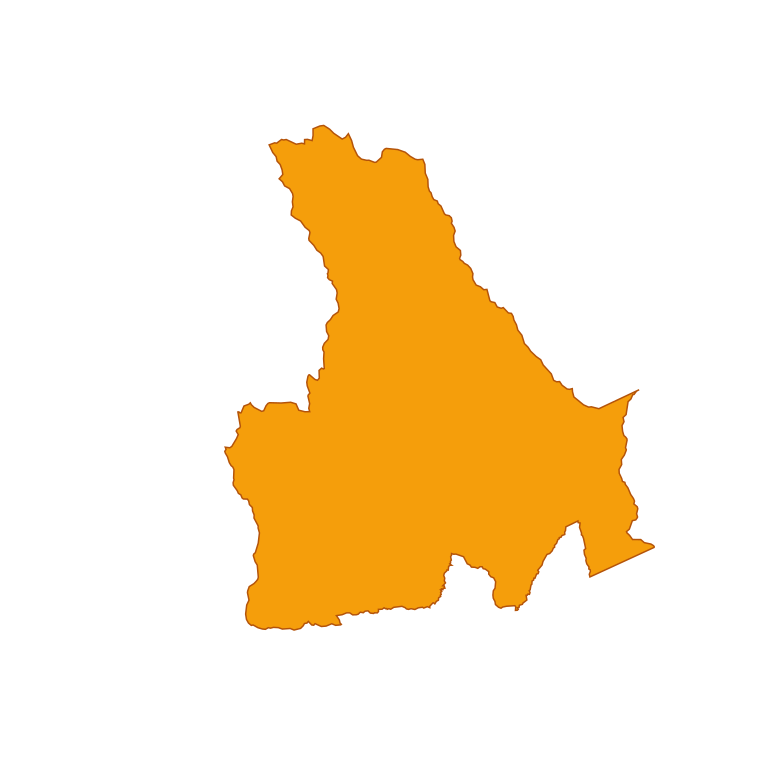 the district of Palanda, Zamora Chinchipe, Ecuador, rotated 334°
{"feature_id": "8360857B40737212656211", "entity_name": "Palanda", "entity_type": "district", "adm_level": 2, "iso_a3": "ECU", "parent_name": "Ecuador", "parent_adm1": "Zamora Chinchipe", "projection": "natural_earth1", "projection_center": [-79.11, -4.519], "detail": "fine", "context": "isolated", "style": "filled", "palette": "amber", "viewbox_px": 768, "rotation_deg": 334, "n_neighbors": 0, "source": "geoboundaries", "source_scale": "gbopen_adm2", "svg_char_len": 6171}
<svg xmlns="http://www.w3.org/2000/svg" viewBox="0 0 768 768"><g transform="rotate(334 384 384)"><path d="M555.1,649.3L555.6,648.4L555.3,647.3L553.8,644.9L548.4,640.7L546.6,636.4L539.2,632.7L538.4,627.8L537.1,624.2L537.2,623.0L540.9,622.0L547.3,615.7L550.7,616.5L552.9,615.3L553.6,614.7L554.1,611.4L557.4,607.4L557.8,605.4L556.0,601.3L557.8,599.1L558.0,596.3L557.3,591.4L557.7,584.2L556.9,580.0L557.4,578.0L555.6,576.1L556.2,573.2L556.3,567.3L557.8,563.8L562.3,560.6L564.2,555.9L568.8,553.3L572.4,550.0L573.0,549.2L573.1,547.2L577.8,541.1L578.3,539.8L577.9,537.6L577.0,535.5L577.7,531.2L579.7,525.7L583.2,523.1L584.2,518.9L588.2,517.6L595.6,506.9L599.4,505.7L602.8,502.7L604.2,503.0L607.8,501.1L610.8,501.0L566.3,500.4L560.4,495.4L557.8,494.5L554.2,490.2L549.0,478.9L550.0,473.7L551.2,470.7L548.4,470.1L546.4,468.8L543.5,463.2L542.9,458.8L540.1,457.7L538.1,455.1L538.8,448.3L535.4,436.7L535.5,430.9L532.8,426.0L530.2,418.9L529.6,414.1L527.9,409.2L529.3,400.6L527.9,394.2L529.0,388.8L528.8,383.5L529.7,379.9L529.5,376.4L526.9,374.6L524.7,367.6L522.5,367.3L519.5,364.4L519.3,359.4L516.4,357.1L515.7,355.5L518.0,344.1L515.0,343.0L513.3,338.9L510.2,335.5L509.7,329.3L510.5,326.6L512.3,323.8L512.6,318.2L511.3,313.8L509.1,310.8L508.5,308.3L506.9,305.6L507.0,304.2L509.5,301.9L511.2,297.5L508.9,292.3L509.3,286.5L511.7,280.9L515.0,277.7L515.6,273.9L515.0,269.1L516.6,267.5L517.4,264.1L516.4,261.3L513.7,259.2L512.9,257.5L513.2,249.0L511.7,245.7L512.1,242.9L509.6,240.1L509.4,236.8L510.1,232.7L509.4,230.6L510.1,226.1L513.1,219.3L513.5,212.6L517.0,204.5L517.4,199.0L512.6,197.2L510.6,195.7L507.4,190.9L504.7,185.0L499.1,179.3L489.2,173.2L487.3,173.2L484.3,174.6L481.1,179.2L474.3,181.2L472.7,180.7L468.6,176.3L466.4,175.3L462.3,172.0L460.3,167.2L460.3,157.8L461.6,151.0L461.7,143.4L457.6,145.4L453.8,145.5L448.7,136.6L446.8,131.1L443.2,125.2L439.5,124.0L432.1,123.5L429.1,129.7L426.1,133.7L422.5,130.6L419.8,129.5L417.8,133.3L415.6,131.5L410.2,130.0L403.3,121.4L400.8,120.7L399.1,119.3L393.1,120.5L391.4,119.3L385.6,118.7L385.5,127.2L386.7,132.4L385.6,136.9L386.9,141.2L386.3,146.8L384.9,151.3L379.7,153.6L381.4,157.8L381.5,162.4L384.8,167.0L385.3,172.7L384.5,175.6L381.5,180.1L379.9,184.9L376.7,187.8L374.7,191.4L377.0,196.2L380.5,200.9L381.8,208.6L384.1,213.4L383.8,215.5L380.1,220.3L379.6,222.1L381.7,228.6L382.3,234.3L384.5,238.5L385.2,242.7L382.3,251.9L384.2,256.7L382.4,259.6L381.5,260.0L381.2,261.9L379.9,263.7L380.6,266.3L382.8,269.0L381.5,270.9L382.7,278.3L381.8,281.7L378.2,286.8L378.2,291.2L376.7,296.5L374.4,299.2L368.3,300.1L363.9,302.7L360.0,303.9L357.8,305.6L355.4,311.7L355.5,316.4L353.3,319.4L348.2,321.3L345.0,324.1L344.0,326.4L344.1,329.0L340.8,334.8L337.1,343.9L336.1,343.9L334.9,342.4L331.6,343.3L328.4,350.4L325.8,351.5L323.9,349.6L321.1,343.1L320.3,342.9L319.0,343.8L315.4,348.5L314.2,352.0L313.4,359.7L311.0,360.7L310.3,361.6L308.6,369.0L305.7,372.9L305.1,376.3L300.8,374.3L295.9,370.2L296.2,363.3L292.1,359.5L283.2,356.0L272.8,350.6L271.1,350.6L268.5,351.8L264.2,355.3L262.1,355.0L257.0,348.1L255.7,344.5L255.6,342.3L253.7,342.9L248.5,342.4L243.0,347.2L241.9,346.9L241.3,345.4L240.4,345.1L236.4,358.9L235.4,360.1L232.0,360.5L230.5,361.5L230.8,365.6L227.5,368.4L219.8,373.4L217.4,373.7L213.6,371.2L213.4,373.5L211.4,374.7L211.1,376.5L211.4,380.8L210.5,386.9L210.8,390.3L211.7,392.4L211.6,395.2L207.5,402.8L207.3,404.2L205.1,406.6L204.2,409.0L205.3,415.5L205.2,418.5L206.7,420.8L206.5,424.2L207.2,425.7L210.8,427.6L211.1,429.8L210.2,433.4L211.5,437.3L210.2,440.5L209.9,444.7L208.4,447.5L208.7,456.4L207.7,458.3L206.8,463.2L201.2,471.9L194.4,479.2L192.3,479.8L191.3,481.0L190.3,487.2L190.7,491.2L186.3,502.6L184.9,504.2L182.6,505.3L179.6,506.4L174.1,507.0L170.8,510.2L169.8,511.7L167.9,519.1L163.7,522.5L158.8,530.1L157.2,535.3L157.4,539.4L158.9,542.8L160.7,543.2L163.9,547.8L167.3,550.9L169.9,552.5L173.2,552.3L175.0,553.7L178.0,554.3L182.3,556.7L185.2,559.7L192.5,562.6L195.3,565.7L201.9,567.1L205.4,565.9L207.5,564.4L210.0,565.1L211.9,564.2L213.4,568.9L215.1,570.0L217.0,569.2L221.4,574.5L225.8,576.2L232.0,576.6L234.7,579.7L239.5,581.5L240.3,581.3L239.7,579.6L240.4,576.6L239.7,571.3L245.2,573.0L250.0,573.3L252.9,574.7L254.6,577.7L257.7,579.2L259.8,579.6L262.7,578.7L265.1,580.5L267.4,579.9L270.2,580.9L271.3,583.9L274.1,585.7L275.1,585.5L277.7,586.8L279.3,586.1L280.2,584.1L283.5,585.6L286.0,585.2L286.9,586.7L288.0,587.0L288.1,587.9L289.9,588.1L291.3,589.4L294.9,589.0L302.7,591.7L305.1,594.5L305.5,595.9L307.2,597.3L309.8,597.8L312.9,600.2L316.8,600.2L320.7,601.5L321.5,602.8L325.3,603.1L327.1,605.1L327.7,603.8L331.9,602.2L332.6,602.4L333.3,603.9L335.8,602.3L338.1,602.2L339.4,600.1L341.8,599.8L342.0,598.5L343.2,598.2L343.5,596.1L344.9,595.9L344.6,593.8L346.3,594.5L346.2,593.5L347.3,594.2L347.9,593.6L349.2,594.2L349.6,591.8L348.4,591.1L352.1,589.7L351.9,587.4L353.5,585.1L353.7,582.3L355.3,580.5L358.6,579.4L359.1,578.7L360.2,579.4L362.1,576.3L364.0,575.9L365.3,576.5L364.2,574.4L365.4,574.0L366.0,572.5L367.3,571.8L368.2,568.4L369.6,567.5L370.4,566.0L371.6,567.3L374.2,568.5L379.8,574.1L380.0,582.1L381.9,584.4L382.3,586.9L385.5,588.7L387.5,590.8L390.2,590.3L392.1,591.3L392.2,593.5L393.9,594.8L395.9,598.6L394.8,600.8L395.5,604.0L397.6,606.3L397.7,610.6L394.3,616.2L391.6,617.8L389.4,621.4L388.3,624.4L388.4,628.2L387.5,631.1L389.1,634.9L390.9,636.8L392.9,636.5L396.8,637.5L404.4,640.6L404.7,642.0L402.9,645.1L404.6,645.8L405.9,645.4L405.8,643.6L407.4,644.0L408.7,642.2L411.8,642.7L412.9,641.8L417.7,640.8L419.1,636.2L420.3,636.6L421.3,635.9L422.5,636.8L423.8,635.5L423.9,633.4L425.1,633.1L427.9,629.2L429.1,628.8L430.7,626.0L432.5,625.8L433.6,624.2L434.6,624.7L437.8,621.7L439.4,622.0L440.8,620.6L440.5,618.8L446.7,616.0L449.1,613.2L455.8,608.6L458.6,609.0L462.0,607.7L464.3,605.7L465.8,605.5L466.5,603.8L469.3,602.8L472.1,600.0L473.8,599.9L474.2,598.9L476.1,599.3L477.4,598.2L480.5,598.5L481.6,596.1L482.8,595.4L484.8,592.1L498.3,592.1L497.7,593.7L499.3,594.9L496.9,598.6L496.2,604.5L495.3,606.1L495.9,607.3L495.6,610.4L493.1,620.3L490.9,621.0L489.5,625.0L489.3,629.3L488.0,631.3L487.4,634.6L488.0,638.2L487.0,640.1L487.9,641.2L487.3,643.0L485.1,645.0L484.5,647.7L555.1,649.3Z" fill="#f59e0b" stroke="#b45309" stroke-width="1.5"/></g></svg>